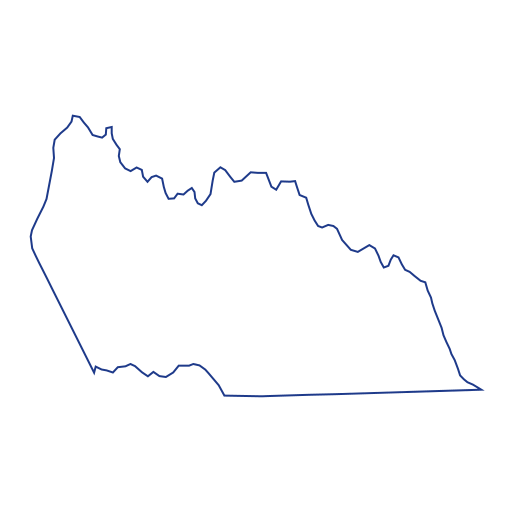 Davinópolis, Maranhão, Brazil (Equal Earth projection)
{"feature_id": "56859067B28644179345725", "entity_name": "Davinópolis", "entity_type": "district", "adm_level": 2, "iso_a3": "BRA", "parent_name": "Brazil", "parent_adm1": "Maranhão", "projection": "equal_earth", "projection_center": [-47.302, -5.583], "detail": "fine", "context": "isolated", "style": "outline", "palette": "blue", "viewbox_px": 512, "rotation_deg": 0, "n_neighbors": 0, "source": "geoboundaries", "source_scale": "gbopen_adm2", "svg_char_len": 1852}
<svg xmlns="http://www.w3.org/2000/svg" viewBox="0 0 512 512"><path d="M258.2,172.9L250.7,172.3L241.7,180.6L234.3,181.8L230.3,176.9L225.2,170.1L220.4,167.3L214.3,172.6L212.7,180.5L210.5,194.1L205.9,200.9L201.8,205.2L197.8,203.3L195.2,198.4L194.5,192.0L191.8,188.0L187.7,190.7L183.5,194.5L177.6,193.7L174.1,198.4L168.6,198.8L165.6,193.0L163.8,186.9L162.1,178.6L156.1,175.6L151.6,177.1L147.5,181.8L143.1,176.7L141.8,169.9L136.6,167.5L130.6,171.1L125.1,168.4L120.3,162.2L118.8,156.0L119.8,149.2L116.5,144.8L112.8,138.9L111.7,133.3L111.7,127.0L106.3,128.2L105.8,134.6L102.1,137.6L97.7,136.5L92.6,135.0L88.0,127.4L83.8,122.5L79.7,117.0L72.8,115.7L71.5,121.6L67.2,127.6L60.5,133.3L54.7,139.7L53.3,147.8L54.0,158.0L51.8,171.1L46.5,199.0L43.4,206.6L37.3,218.7L32.0,230.2L30.7,236.5L32.2,248.3L35.5,255.4L39.2,263.0L42.1,268.7L47.2,278.8L52.0,288.5L56.6,297.7L94.1,372.7L95.7,366.6L101.6,369.5L106.6,370.4L112.9,372.5L117.8,367.2L125.5,366.3L130.4,364.0L135.0,366.1L142.0,372.3L147.9,376.3L153.4,371.9L159.4,376.1L165.9,377.0L173.2,372.5L178.7,365.7L189.0,365.7L193.2,364.0L199.5,365.4L205.3,369.6L208.6,373.3L218.7,385.2L224.4,395.6L261.9,396.3L266.8,396.1L308.9,394.8L334.8,394.2L481.3,389.7L472.9,384.6L467.4,382.2L463.9,379.3L460.1,375.4L458.0,368.9L454.7,360.1L451.4,354.0L449.7,348.9L446.4,342.0L443.5,335.3L441.6,327.8L434.7,310.6L432.3,303.3L431.0,297.6L427.7,290.6L425.3,282.3L420.6,280.8L414.3,275.8L409.7,271.9L405.1,269.8L401.8,264.3L398.5,257.4L393.5,255.3L390.8,259.6L388.4,265.8L383.8,267.5L380.7,261.9L378.5,255.7L375.0,248.5L369.3,245.1L357.8,251.9L350.8,249.8L342.1,240.0L337.0,228.8L333.4,226.0L328.2,224.9L322.1,227.5L318.1,226.0L314.6,220.5L311.3,213.9L308.2,204.5L306.2,197.7L299.6,195.0L296.7,186.2L295.1,181.1L290.0,181.7L281.1,181.4L276.2,189.7L271.4,186.7L266.1,172.9L258.2,172.9Z" fill="none" stroke="#1e3a8a" stroke-width="2"/></svg>